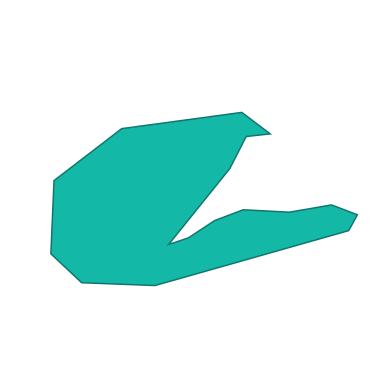 Palmyra Atoll, Natural Earth projection, rotated 164°
{"feature_id": "UMI-5178", "entity_name": "Palmyra Atoll", "entity_type": "state/province", "adm_level": 1, "iso_a3": "UMI", "parent_name": "United States Minor Outlying Islands", "parent_adm1": "", "projection": "natural_earth1", "projection_center": [-162.082, 5.88], "detail": "fine", "context": "isolated", "style": "filled", "palette": "teal", "viewbox_px": 384, "rotation_deg": 164, "n_neighbors": 0, "source": "natural_earth", "source_scale": "10m", "svg_char_len": 384}
<svg xmlns="http://www.w3.org/2000/svg" viewBox="0 0 384 384"><g transform="rotate(164 192 192)"><path d="M323.1,135.2L344.7,171.5L321.5,241.0L242.1,272.3L122.2,254.8L100.8,226.3L124.6,230.4L149.2,204.1L228.9,148.0L208.1,148.9L178.1,158.3L147.6,160.8L104.1,145.8L61.4,141.1L39.3,124.5L52.0,111.7L253.4,112.3L323.1,135.2Z" fill="#14b8a6" stroke="#0f766e" stroke-width="1.5"/></g></svg>